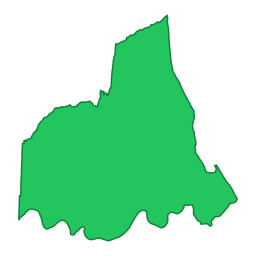 Lacusteni, Vâlcea, Romania (Robinson projection), rotated 90°
{"feature_id": "2599482B8847847737494", "entity_name": "Lacusteni", "entity_type": "district", "adm_level": 2, "iso_a3": "ROU", "parent_name": "Romania", "parent_adm1": "Vâlcea", "projection": "robinson", "projection_center": [23.871, 44.712], "detail": "fine", "context": "isolated", "style": "filled", "palette": "green", "viewbox_px": 256, "rotation_deg": 90, "n_neighbors": 0, "source": "geoboundaries", "source_scale": "gbopen_adm2", "svg_char_len": 5839}
<svg xmlns="http://www.w3.org/2000/svg" viewBox="0 0 256 256"><g transform="rotate(90 128 128)"><path d="M239.5,163.6L238.1,158.2L238.1,157.6L238.2,157.1L238.1,156.8L238.1,156.4L238.5,155.3L239.5,151.6L240.4,149.1L240.6,147.8L240.5,146.2L239.7,144.4L238.9,142.3L237.3,137.7L236.6,136.3L235.7,134.8L234.0,132.6L232.6,131.1L231.0,129.5L229.3,128.0L227.4,126.5L221.8,123.4L215.9,119.9L214.4,118.9L211.9,116.7L211.5,116.1L210.6,114.3L210.4,113.0L210.4,112.2L210.5,111.3L210.8,110.7L211.2,110.0L211.7,109.6L212.8,109.1L216.0,109.0L217.7,108.9L219.0,108.4L220.3,108.0L221.2,107.4L222.0,106.7L223.0,105.6L223.9,104.0L224.9,101.0L226.6,97.3L227.2,96.2L227.6,95.5L227.7,94.2L227.5,93.5L227.1,92.5L226.3,91.3L225.3,90.3L223.3,89.0L222.2,88.5L220.2,88.2L216.3,88.4L215.2,88.2L213.5,87.2L212.9,86.4L212.4,85.3L212.3,84.1L212.5,82.8L213.5,79.9L213.7,78.8L213.6,78.0L213.2,77.1L212.5,76.2L211.5,75.1L210.9,74.2L208.1,72.6L206.3,71.8L204.9,71.5L205.2,69.9L205.2,68.2L204.9,64.6L205.0,63.6L206.4,63.1L207.6,62.6L209.3,62.5L210.0,62.4L213.6,62.5L214.6,62.4L214.9,62.2L216.2,61.1L218.0,60.2L218.5,59.7L219.0,59.5L220.4,58.5L221.9,56.0L222.0,55.5L223.2,55.4L223.4,55.2L224.1,55.1L223.9,51.4L223.7,51.2L223.6,50.2L223.8,49.0L224.2,48.1L224.8,47.4L226.0,45.9L226.0,45.3L225.4,44.5L225.0,44.2L223.2,44.3L222.1,44.8L221.0,44.4L217.1,41.5L216.8,41.2L216.6,40.1L216.7,39.2L216.3,36.7L215.8,35.9L215.1,35.1L213.6,34.2L213.2,33.6L211.8,32.2L210.5,31.3L209.2,30.3L207.8,28.7L205.2,27.1L205.0,26.7L203.9,26.7L203.0,23.8L202.5,21.5L201.8,20.5L200.9,19.6L200.4,19.6L199.6,19.0L198.9,18.8L195.6,20.7L190.0,23.5L185.4,26.3L183.4,28.1L180.2,30.5L166.0,39.0L165.1,39.7L165.8,41.3L166.6,40.5L167.0,40.3L168.4,39.9L169.9,39.9L170.8,40.1L171.3,40.4L172.1,41.2L172.6,41.9L173.1,43.1L172.9,44.3L172.7,45.7L172.5,48.2L172.2,48.9L171.6,50.2L168.8,51.0L164.9,52.5L162.3,54.1L160.0,55.8L158.2,56.8L155.9,58.3L155.0,59.0L154.1,59.6L153.9,59.8L152.4,60.6L151.1,60.4L147.8,60.9L146.9,61.1L146.1,61.6L145.5,60.7L144.9,60.0L140.2,60.4L139.9,60.6L139.5,60.8L134.6,61.7L132.5,61.8L131.6,61.9L129.0,63.3L127.8,63.3L126.7,63.3L124.9,63.5L121.5,62.7L118.1,61.7L117.2,61.8L114.8,61.8L113.4,62.3L112.5,62.3L111.3,62.0L105.8,65.2L103.0,66.5L101.8,67.3L99.3,68.6L93.4,71.8L90.1,73.3L86.0,75.3L82.0,76.8L76.9,80.1L73.7,81.8L72.1,82.8L70.4,83.6L70.1,83.4L69.1,83.4L62.6,84.8L59.5,85.2L41.4,86.9L36.4,87.1L35.5,87.0L33.7,87.3L29.1,87.5L23.5,88.5L22.2,88.6L20.8,88.6L19.4,88.4L17.2,88.5L15.4,88.9L15.6,89.2L16.5,90.1L17.9,92.0L20.2,93.7L20.9,94.9L22.6,96.5L22.7,97.0L22.0,97.8L21.9,98.0L22.0,98.3L22.4,98.8L24.5,102.4L24.7,103.0L24.7,104.5L24.8,104.9L25.0,105.0L26.2,105.5L26.4,105.7L27.1,107.3L27.2,107.8L27.7,108.4L27.7,108.9L28.0,109.5L27.9,110.2L28.4,111.8L29.2,112.5L30.1,113.7L30.1,114.2L29.7,114.9L29.7,115.2L29.7,115.6L30.0,116.0L30.1,116.6L30.8,117.7L31.1,118.3L31.3,119.0L31.6,119.4L32.9,120.5L33.3,121.0L33.8,121.2L34.5,121.9L34.9,123.0L35.0,124.0L35.0,124.7L35.2,125.3L35.8,126.1L36.5,126.7L36.9,127.3L37.1,128.4L37.3,128.8L37.8,129.2L38.0,129.3L38.8,129.2L39.7,129.8L40.0,130.1L40.0,130.5L40.3,130.9L40.9,131.4L41.2,131.8L41.3,132.2L41.3,133.3L41.4,133.7L41.6,134.1L42.4,135.0L42.6,135.8L43.3,136.7L43.5,137.5L44.0,138.5L44.0,139.0L43.9,139.3L44.0,140.2L48.4,140.7L54.2,140.9L58.5,142.3L61.4,142.8L63.6,142.9L73.6,144.1L82.8,144.7L86.5,144.7L87.4,145.5L87.6,145.4L88.7,146.0L90.0,146.3L95.1,148.1L95.2,148.9L95.2,149.0L94.0,149.0L93.7,149.0L93.4,149.3L93.4,149.9L93.2,150.6L93.3,150.9L93.4,151.2L94.1,151.7L94.8,152.1L94.9,152.3L94.7,152.5L93.6,152.5L93.0,152.3L92.3,152.0L91.8,152.1L91.5,152.4L91.6,152.7L91.6,153.0L91.9,153.6L91.9,153.9L91.4,154.3L90.5,154.5L90.4,154.9L90.7,155.2L91.5,155.4L91.9,155.7L94.3,155.8L95.4,155.5L97.9,155.5L98.1,156.0L98.5,156.3L106.7,158.8L106.9,159.1L106.2,160.6L105.8,161.1L105.6,162.1L105.3,162.7L104.9,163.1L104.0,163.3L103.5,163.6L102.7,164.4L101.3,166.5L101.2,166.8L101.6,167.5L102.0,169.8L102.1,171.0L102.1,174.1L102.4,175.4L102.6,175.7L103.2,176.5L105.4,179.0L106.8,180.3L106.7,180.7L106.9,182.3L106.6,184.2L105.2,185.7L104.9,186.4L105.3,186.5L105.8,187.0L105.9,187.4L105.8,188.2L106.3,189.1L106.4,190.0L107.1,191.5L106.8,194.0L106.8,194.5L106.9,194.8L107.7,195.8L107.9,196.5L108.0,197.3L107.7,198.2L107.7,198.6L108.1,199.6L108.2,201.0L108.6,201.4L110.5,202.2L112.2,203.7L113.8,206.1L114.1,206.6L114.5,207.0L115.4,207.4L115.6,207.7L116.1,208.4L116.8,208.9L117.0,209.1L117.2,209.6L117.4,211.2L117.6,211.6L118.2,212.3L118.8,212.6L119.7,213.3L120.8,214.0L122.0,215.5L123.9,216.5L124.4,217.3L124.9,217.6L126.2,217.9L130.2,219.5L132.1,221.4L133.0,222.5L133.7,222.9L134.5,222.9L135.3,223.2L135.7,223.6L135.9,224.0L136.4,224.5L136.8,224.6L137.3,224.2L137.6,224.2L137.8,224.3L138.1,224.7L138.4,225.6L139.0,226.2L138.9,226.9L139.2,227.3L139.2,228.1L139.3,228.4L139.7,228.8L139.8,229.2L140.8,229.4L141.1,229.6L140.9,230.2L140.3,231.3L140.4,231.5L140.9,232.1L142.4,231.8L142.9,231.8L143.4,233.4L149.4,233.8L156.7,234.1L159.2,234.0L168.7,234.5L172.1,234.5L184.8,235.1L195.7,235.2L195.7,236.5L220.1,237.2L218.7,236.5L217.8,235.9L214.4,231.8L213.4,231.2L210.7,228.5L210.0,227.6L209.5,226.5L209.2,225.6L209.2,224.0L209.4,222.1L209.9,221.0L210.0,220.2L210.4,219.5L210.6,218.9L210.9,218.1L212.8,216.8L213.7,216.3L215.2,215.9L218.4,214.6L223.9,213.4L225.9,212.7L226.6,212.3L228.3,210.7L228.8,209.6L229.0,208.6L228.6,207.6L227.9,206.2L226.6,202.9L225.9,201.9L223.4,199.4L221.4,197.0L220.7,195.7L220.3,194.3L220.3,192.8L221.1,191.1L222.2,189.8L224.1,188.4L225.3,187.7L226.8,187.0L229.3,185.8L231.8,185.5L233.6,185.5L234.2,185.2L234.7,184.9L235.0,183.9L234.8,182.3L233.8,181.1L232.4,180.2L229.3,176.8L227.4,174.6L227.2,174.2L226.8,173.1L226.9,172.5L227.3,171.8L227.7,171.4L228.4,171.2L229.0,171.3L230.2,171.8L231.3,172.0L232.2,171.9L236.0,170.6L238.3,168.3L239.0,167.5L239.5,165.7L239.6,164.6L239.5,163.6Z" fill="#22c55e" stroke="#15803d" stroke-width="1.5"/></g></svg>